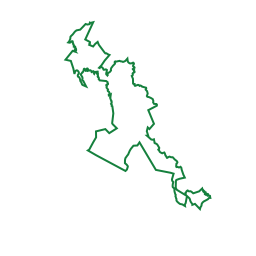 outline of San Marcos Arteaga, Oaxaca, Mexico, rotated 231°
{"feature_id": "50627088B92396547767690", "entity_name": "San Marcos Arteaga", "entity_type": "district", "adm_level": 2, "iso_a3": "MEX", "parent_name": "Mexico", "parent_adm1": "Oaxaca", "projection": "mercator", "projection_center": [-97.907, 17.746], "detail": "fine", "context": "isolated", "style": "outline", "palette": "green", "viewbox_px": 256, "rotation_deg": 231, "n_neighbors": 0, "source": "geoboundaries", "source_scale": "gbopen_adm2", "svg_char_len": 5907}
<svg xmlns="http://www.w3.org/2000/svg" viewBox="0 0 256 256"><g transform="rotate(231 128 128)"><path d="M135.8,82.7L126.9,86.1L96.2,99.0L96.4,101.0L97.9,103.3L98.4,103.8L100.3,103.9L102.6,103.5L105.0,105.5L106.2,107.0L107.1,110.3L107.3,111.5L107.7,112.1L109.3,115.2L110.0,117.2L110.8,121.1L108.5,124.3L109.6,127.9L77.9,123.3L66.3,133.0L63.8,134.7L60.4,129.8L59.3,129.2L58.6,129.1L57.5,129.2L56.2,127.5L55.2,126.5L54.3,125.8L53.8,125.6L52.6,125.8L51.6,125.7L51.0,125.4L50.2,124.7L49.0,124.0L46.8,123.1L46.0,123.0L45.1,121.9L44.2,121.7L43.4,121.2L42.6,121.1L41.1,120.0L39.9,119.9L37.8,120.2L36.3,120.6L34.2,122.3L33.3,122.5L31.5,123.2L32.7,123.9L33.4,125.6L38.0,131.0L34.5,131.5L33.0,131.0L32.3,130.6L31.2,130.3L28.3,130.1L27.8,129.7L26.9,132.3L19.7,132.9L20.8,134.4L21.2,135.8L21.9,136.8L22.5,137.3L22.9,138.1L23.2,139.2L23.2,141.0L23.0,141.8L22.4,145.0L22.4,145.5L22.6,147.0L22.5,147.4L21.9,148.0L23.7,149.0L24.1,148.8L24.8,148.3L25.1,147.8L25.0,147.4L25.3,147.3L25.4,147.5L25.5,148.2L26.2,148.6L26.9,148.2L27.0,148.0L26.5,147.2L27.1,146.5L27.3,146.3L27.9,146.4L28.3,146.1L28.5,146.2L28.9,147.8L29.1,147.9L29.4,147.7L29.6,147.3L30.4,147.2L30.4,146.7L30.6,146.6L30.9,146.8L31.0,147.5L31.7,147.4L31.9,146.8L32.9,147.4L33.1,147.4L33.4,147.0L34.3,147.5L34.0,143.4L36.2,137.6L38.5,137.2L39.5,136.8L39.8,136.3L40.4,135.5L41.0,135.2L41.9,135.1L42.0,134.9L42.0,133.7L41.6,132.9L41.5,131.9L40.4,131.4L40.0,130.9L39.8,130.4L48.5,127.3L49.5,127.0L51.7,127.6L56.7,131.9L57.2,132.9L56.1,136.1L53.7,140.9L57.0,141.7L61.9,143.5L63.5,144.4L64.8,144.4L65.1,143.0L65.3,142.7L66.5,142.1L67.0,141.2L67.5,141.1L68.1,141.5L69.8,143.2L69.7,143.5L70.1,144.7L70.4,144.9L71.2,145.1L72.1,145.0L74.3,144.5L76.9,144.4L77.4,144.1L78.1,143.1L79.6,142.3L80.1,140.8L80.0,139.9L80.3,139.5L82.6,139.9L83.0,139.8L85.0,140.6L86.1,140.8L86.6,139.6L86.8,138.7L88.1,138.1L88.9,137.8L89.7,137.7L90.8,138.0L92.1,137.9L92.3,138.5L92.2,139.0L92.9,139.8L96.3,140.3L97.1,140.3L97.8,140.1L98.5,139.8L99.1,139.4L99.8,139.3L99.9,139.5L102.9,141.0L103.1,140.2L103.6,139.5L104.5,138.8L110.1,137.9L109.4,138.9L113.7,140.6L116.0,143.7L113.7,144.0L114.9,150.8L129.1,155.0L127.2,164.4L127.8,165.1L128.7,165.2L130.4,163.4L132.2,163.7L133.0,164.7L134.9,165.4L136.9,164.7L138.7,163.8L140.1,162.7L141.0,162.8L142.4,165.0L144.6,166.0L146.7,165.9L147.4,167.2L147.9,167.4L151.4,164.9L151.9,165.0L153.1,164.5L153.4,163.5L154.7,163.4L155.3,162.8L156.3,160.0L156.9,159.9L158.0,160.8L158.8,160.0L159.3,159.9L163.1,162.8L166.1,163.7L166.0,164.4L166.1,164.9L166.4,165.3L167.4,165.8L167.6,166.3L167.3,167.8L167.4,168.4L167.7,168.5L168.5,168.4L168.9,168.8L169.1,169.3L169.3,169.4L169.7,169.3L170.3,168.7L170.6,168.7L170.8,168.8L170.7,171.0L171.2,171.2L171.9,171.1L172.5,170.8L173.0,170.9L173.6,171.6L174.0,172.8L174.4,173.2L174.9,173.3L175.6,173.1L175.8,172.1L176.3,171.0L176.9,170.2L178.1,169.7L178.8,169.6L179.7,169.7L180.5,170.1L182.3,171.2L181.8,168.3L182.0,167.1L182.5,165.7L183.6,165.1L184.6,164.1L185.4,163.8L186.4,161.9L187.2,160.2L187.8,160.0L187.8,159.4L187.5,159.0L186.2,158.4L186.0,157.0L185.8,155.2L185.5,154.3L185.3,153.1L184.5,151.7L183.4,151.0L183.0,149.3L183.2,147.0L183.1,146.4L182.7,145.8L181.9,145.6L181.8,145.1L182.3,145.2L182.8,144.9L183.7,145.0L184.8,146.2L185.2,147.0L185.7,147.3L186.3,148.1L187.5,147.7L188.4,145.9L188.9,145.7L190.0,146.1L191.1,146.1L191.9,145.8L192.4,145.3L192.8,144.5L192.4,143.7L193.0,143.4L193.4,146.8L195.1,152.4L196.4,159.6L197.7,158.9L199.7,158.2L200.2,157.4L201.2,157.3L211.1,157.7L214.0,158.6L214.0,155.5L213.3,152.2L217.0,150.2L217.1,150.5L217.2,150.9L217.4,151.2L217.7,151.5L217.9,151.4L218.1,152.0L218.3,152.2L218.7,152.4L218.9,152.5L223.7,150.5L232.1,167.5L233.2,165.1L233.9,164.7L232.9,163.6L233.1,163.1L234.0,161.5L235.5,160.5L234.5,152.8L236.3,149.4L236.3,147.3L235.5,144.0L235.3,141.5L235.1,140.7L233.5,139.1L232.3,136.7L232.1,135.4L231.2,136.1L231.2,136.5L230.8,136.8L230.6,137.3L230.8,137.9L230.7,139.2L230.1,139.5L228.9,138.8L228.2,138.6L227.9,138.2L227.1,138.3L226.7,137.9L225.6,137.9L225.5,137.7L225.6,137.3L225.5,137.2L224.9,138.0L224.4,138.1L224.2,138.0L224.4,137.2L224.1,137.1L223.8,137.4L222.8,137.5L222.2,137.4L221.3,136.8L221.1,136.6L221.3,136.3L221.6,136.1L222.2,135.8L222.1,135.4L221.9,135.2L221.7,135.1L220.9,135.2L220.2,135.2L222.8,133.5L220.4,122.4L216.1,125.8L208.5,122.9L203.7,120.4L205.1,122.4L205.3,123.0L205.3,123.7L205.1,124.4L204.5,124.9L203.2,125.0L202.2,124.8L201.3,124.1L200.9,122.7L200.5,122.1L200.0,121.7L199.3,121.5L198.7,121.9L197.4,121.9L196.1,121.4L194.4,120.5L192.7,120.4L190.7,119.7L190.0,119.8L186.6,121.6L190.5,122.4L192.7,122.9L193.7,122.6L194.3,122.8L195.1,123.8L196.2,124.5L199.2,124.9L199.5,125.3L199.7,126.8L199.9,127.1L200.0,127.5L199.8,127.9L200.7,129.9L201.4,130.5L201.6,130.8L201.6,131.3L200.8,131.7L199.3,131.0L199.1,131.0L198.5,132.0L197.7,132.5L197.7,132.8L197.9,133.0L199.8,133.2L200.0,133.5L199.9,133.8L199.5,134.0L197.3,133.7L197.0,134.0L196.7,134.9L196.4,135.2L195.2,135.3L194.3,134.9L194.1,135.0L194.2,135.6L194.1,136.7L193.8,136.9L192.8,136.9L191.6,135.8L191.3,135.8L192.2,137.8L190.9,139.9L190.6,139.8L190.2,139.2L189.6,139.0L189.9,138.1L189.7,138.0L188.6,138.3L187.8,137.8L187.4,137.0L187.2,136.9L186.7,137.1L186.4,136.7L185.5,136.9L184.8,136.5L184.4,136.0L183.7,136.1L182.9,135.9L178.2,140.6L176.5,141.0L176.3,140.9L175.7,140.3L175.1,140.4L174.6,139.9L174.7,139.1L175.0,138.6L175.0,138.1L174.2,138.1L173.9,138.0L173.7,137.4L172.8,136.7L170.5,136.7L170.1,136.0L169.7,135.7L169.1,135.6L168.2,136.0L166.3,135.6L166.0,135.0L166.1,134.1L165.2,133.5L164.3,134.4L164.4,135.2L163.2,133.9L162.9,133.7L162.7,133.4L162.7,133.1L159.8,132.1L159.3,132.2L158.7,131.8L158.7,131.6L158.0,131.3L157.7,130.8L157.5,130.7L157.4,130.3L157.4,130.0L156.9,129.9L156.2,130.0L155.4,129.2L154.7,129.5L148.6,125.8L141.7,118.7L140.6,118.5L134.8,119.1L135.8,110.2L141.4,109.7L145.5,101.0L140.8,97.3L138.8,92.0L135.6,84.3L135.8,82.7Z" fill="none" stroke="#15803d" stroke-width="2"/></g></svg>